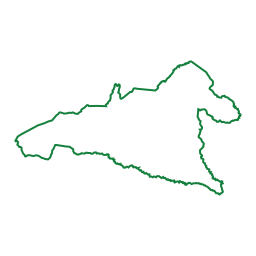 the district of Maua, Niassa, Mozambique
{"feature_id": "85939544B33000714085001", "entity_name": "Maua", "entity_type": "district", "adm_level": 2, "iso_a3": "MOZ", "parent_name": "Mozambique", "parent_adm1": "Niassa", "projection": "orthographic", "projection_center": [37.153, -13.899], "detail": "fine", "context": "isolated", "style": "outline", "palette": "green", "viewbox_px": 256, "rotation_deg": 0, "n_neighbors": 0, "source": "geoboundaries", "source_scale": "gbopen_adm2", "svg_char_len": 5923}
<svg xmlns="http://www.w3.org/2000/svg" viewBox="0 0 256 256"><path d="M15.4,140.8L15.9,141.3L16.6,140.9L17.4,141.2L17.7,141.8L18.1,142.2L17.4,144.8L18.0,145.2L18.7,146.2L19.2,146.5L19.4,147.0L20.7,147.0L21.6,147.9L21.5,149.8L23.1,153.5L24.7,155.1L24.9,156.1L25.6,156.5L27.6,155.4L28.7,155.1L33.4,156.0L34.3,155.9L35.8,155.3L37.0,155.4L38.6,155.8L42.0,158.0L43.7,158.3L45.1,159.0L48.0,159.4L49.7,158.0L50.6,156.6L50.9,154.8L51.9,153.5L52.3,150.4L53.5,148.9L55.2,145.0L55.9,144.9L65.4,146.4L69.8,146.8L71.5,148.2L73.0,149.0L73.3,149.7L73.2,151.2L74.3,153.1L74.9,153.1L76.4,154.2L78.1,154.6L80.8,153.8L81.4,153.2L84.4,153.6L86.4,152.6L87.9,153.0L90.1,153.0L91.4,153.8L92.7,153.7L93.9,152.6L95.1,152.6L95.8,152.3L96.4,152.6L96.8,153.5L97.4,153.3L98.6,153.3L99.7,153.9L102.1,153.5L103.0,154.6L104.0,154.9L105.8,155.0L106.9,154.3L107.9,154.2L108.7,154.8L108.3,155.7L108.4,156.2L108.7,156.3L109.3,157.4L109.1,157.6L109.5,157.7L110.0,158.6L113.1,158.6L112.8,159.2L113.4,159.7L114.3,159.8L114.1,160.5L113.8,160.5L113.8,161.0L114.3,161.7L115.1,161.8L115.2,162.7L115.7,163.3L116.9,163.9L117.7,163.4L118.5,164.2L120.5,163.8L120.5,164.8L121.8,165.3L123.2,166.5L123.5,167.5L125.3,167.7L126.3,166.7L126.7,166.7L127.6,166.9L128.4,167.5L130.2,165.8L130.8,165.9L131.9,165.3L133.2,166.3L133.1,167.1L133.4,167.4L135.8,167.0L136.5,168.2L138.4,167.9L138.0,168.3L137.9,168.7L139.1,169.5L139.5,170.3L140.0,170.5L140.4,170.1L141.1,170.3L141.9,172.0L142.4,172.2L143.0,171.8L143.5,171.8L143.7,172.6L144.4,173.5L145.2,173.6L146.2,173.0L147.9,174.5L149.5,174.4L149.4,175.5L149.8,176.7L151.4,176.5L152.8,177.3L153.8,176.5L155.6,176.9L156.1,177.3L157.0,176.2L158.6,176.1L159.2,176.3L159.5,176.8L160.4,177.1L161.5,178.1L163.2,177.0L163.5,177.8L164.0,178.1L165.3,177.9L166.3,179.5L167.4,179.8L167.9,179.2L168.7,180.1L170.4,180.0L170.4,180.8L170.6,181.0L174.3,180.5L174.7,181.6L174.3,182.1L174.6,182.5L176.8,181.6L178.1,181.4L178.4,181.5L179.0,182.4L179.4,181.4L179.9,181.1L180.9,182.0L182.7,181.9L182.9,182.3L182.6,182.8L182.9,183.2L184.1,183.2L184.9,182.8L185.6,183.6L185.2,184.5L186.2,184.9L187.4,183.6L188.7,182.9L189.8,182.8L191.6,184.1L193.2,183.3L194.2,183.4L195.6,183.1L196.0,183.3L196.6,183.1L197.9,183.4L198.6,183.1L200.1,184.0L200.7,183.7L201.6,184.3L203.3,184.5L204.0,185.3L205.2,185.4L205.7,186.0L207.7,186.9L208.9,188.3L210.1,188.9L210.4,189.8L211.4,190.2L211.8,190.0L212.5,190.1L213.1,190.8L213.7,190.6L214.4,190.8L216.1,193.2L218.5,193.4L218.8,194.1L219.6,194.5L221.5,192.9L222.5,192.3L222.8,191.8L222.8,191.1L221.9,189.3L221.9,188.1L221.0,186.2L221.2,185.3L220.9,184.3L221.4,183.8L222.7,183.4L221.9,182.2L222.2,181.5L221.5,181.2L220.4,181.9L219.3,181.0L218.1,180.5L217.4,179.7L215.7,180.2L215.3,179.7L215.6,179.1L215.3,178.6L214.2,178.9L212.6,178.4L212.5,178.0L213.1,177.3L213.1,176.5L212.1,175.5L212.3,174.5L211.5,173.5L210.4,173.5L210.2,172.6L210.6,172.0L209.5,171.9L209.1,171.3L209.3,169.4L207.2,168.8L206.9,167.9L206.4,167.6L206.0,166.8L206.3,166.0L205.3,165.0L204.9,163.3L203.9,162.9L203.3,162.3L203.2,160.4L203.4,159.5L202.8,158.8L201.4,158.5L201.3,157.3L201.0,157.1L201.0,156.8L201.9,156.2L202.1,155.5L200.2,153.5L200.0,150.4L200.2,149.9L201.2,149.1L203.4,146.7L203.5,146.0L203.3,145.6L203.8,143.9L203.2,142.5L202.6,142.2L201.7,140.9L201.3,139.3L198.6,137.1L198.9,135.2L199.7,134.3L200.0,132.4L200.7,130.9L199.9,129.6L200.9,129.5L201.6,129.0L202.0,128.3L202.0,127.1L200.5,125.0L200.1,123.8L200.1,123.2L200.6,121.2L198.8,119.6L198.7,118.7L197.6,116.8L198.3,109.2L199.3,109.7L199.6,110.3L200.6,110.3L201.2,109.6L204.6,109.3L206.1,110.5L206.6,111.6L207.0,113.8L208.2,114.8L210.8,115.8L211.3,116.4L212.1,116.5L212.8,117.3L212.4,118.3L212.7,118.9L214.7,120.2L216.3,120.7L216.9,121.7L217.4,121.9L218.5,121.7L219.9,120.4L221.7,122.1L223.5,121.9L225.4,122.6L226.8,122.7L227.5,122.5L227.9,122.8L229.7,122.9L231.1,121.4L232.5,120.6L233.1,120.9L235.0,120.0L236.3,119.8L237.0,120.1L238.1,119.7L238.0,118.9L238.2,118.4L239.3,117.9L239.0,117.3L239.1,116.2L239.4,115.9L240.2,115.9L240.6,115.0L239.9,114.4L239.9,113.9L238.6,113.2L238.6,112.5L239.0,112.0L238.6,110.7L237.7,109.6L237.8,108.9L236.8,108.9L235.9,107.9L235.5,107.9L235.6,107.4L234.7,107.2L234.9,106.7L234.1,106.7L233.6,106.1L233.6,105.8L234.2,105.4L233.8,104.6L234.1,104.0L233.6,103.2L233.4,102.0L231.4,100.2L230.4,99.9L229.7,99.1L229.2,99.0L228.5,98.4L228.5,98.1L227.7,97.5L225.2,96.9L224.7,95.8L222.0,96.3L221.3,97.7L219.3,97.5L218.5,97.0L217.4,96.9L217.3,95.8L216.9,95.8L215.9,94.8L214.7,94.5L212.8,91.3L211.2,89.9L210.1,89.4L209.6,88.7L209.6,88.2L210.6,86.7L212.7,85.1L213.0,81.8L212.6,80.9L209.9,78.3L209.3,76.8L207.7,74.7L206.3,72.3L191.3,61.5L189.9,61.5L188.7,62.2L188.8,62.8L187.9,63.3L187.0,63.1L186.2,63.3L185.8,64.2L185.4,64.3L185.0,63.7L183.6,64.9L183.0,64.8L181.6,65.4L180.2,65.1L179.5,66.3L179.3,65.7L179.0,65.6L178.1,66.6L177.7,66.3L175.9,68.7L175.0,68.8L174.4,69.4L174.2,70.2L173.4,70.3L173.5,71.1L173.0,72.4L171.1,74.8L170.4,75.3L170.2,76.0L169.4,76.5L169.3,77.2L167.4,78.3L165.2,81.7L164.3,81.5L164.4,80.9L164.1,80.9L162.2,81.3L161.7,81.7L161.2,82.6L160.7,82.5L159.3,84.5L157.9,85.8L157.6,86.7L158.1,87.3L157.9,88.4L155.4,90.5L137.5,88.8L134.3,88.3L133.3,89.0L133.2,89.7L131.7,92.0L130.3,91.9L123.0,97.8L121.2,98.8L120.6,98.5L120.2,97.5L120.1,94.4L119.6,93.7L118.5,92.9L118.2,92.3L118.9,90.9L119.0,89.3L119.8,86.9L119.7,85.1L119.3,84.6L118.8,84.5L117.8,85.9L117.3,86.0L116.7,85.4L116.3,84.4L115.7,84.0L114.9,84.6L114.5,85.7L114.6,87.0L113.8,88.5L113.7,89.4L112.5,90.6L112.9,91.9L112.8,92.5L110.5,95.4L110.7,97.9L110.2,99.2L110.1,100.4L108.2,102.0L107.8,103.5L107.0,103.7L105.9,104.8L106.2,106.2L97.1,105.9L88.8,106.1L88.0,105.2L86.9,105.2L84.3,107.8L82.3,108.9L81.6,109.6L81.1,110.3L81.2,111.4L78.9,112.7L77.8,113.9L75.2,113.6L72.9,112.4L71.4,112.9L69.1,112.7L67.3,113.3L64.2,113.6L60.5,112.4L59.6,112.5L59.1,112.8L58.1,114.2L56.5,115.2L52.1,120.4L48.5,121.4L44.4,123.2L37.9,125.4L21.3,134.3L17.7,136.6L15.4,140.8Z" fill="none" stroke="#15803d" stroke-width="2"/></svg>